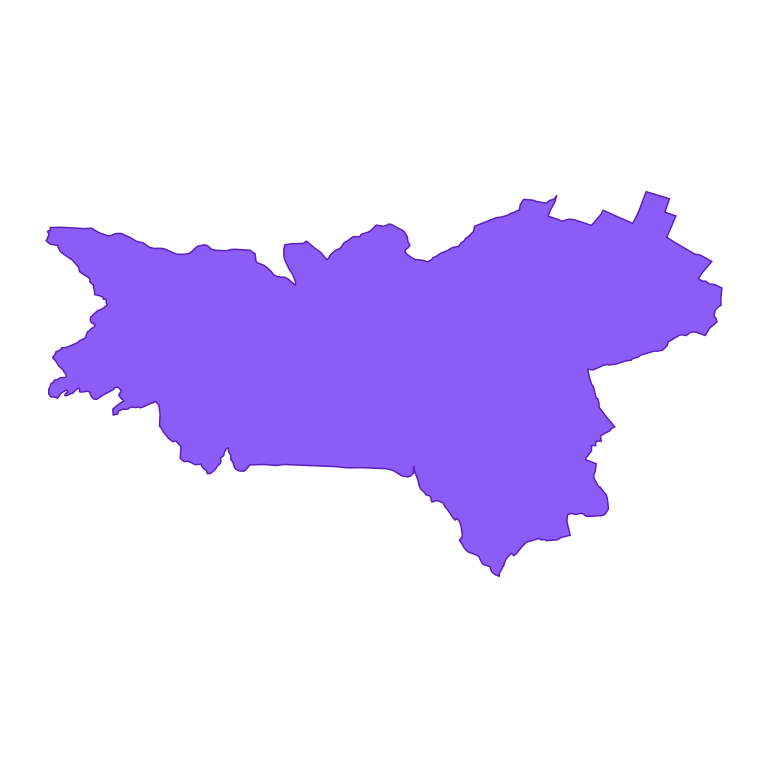 the district of Bordesti, Vrancea, Romania
{"feature_id": "2599482B83174607484182", "entity_name": "Bordesti", "entity_type": "district", "adm_level": 2, "iso_a3": "ROU", "parent_name": "Romania", "parent_adm1": "Vrancea", "projection": "natural_earth1", "projection_center": [27.017, 45.546], "detail": "fine", "context": "isolated", "style": "filled", "palette": "violet", "viewbox_px": 768, "rotation_deg": 0, "n_neighbors": 0, "source": "geoboundaries", "source_scale": "gbopen_adm2", "svg_char_len": 6028}
<svg xmlns="http://www.w3.org/2000/svg" viewBox="0 0 768 768"><path d="M675.1,242.6L666.8,237.3L675.9,215.9L664.8,212.2L669.5,198.8L646.1,191.7L638.8,211.3L634.7,219.8L632.5,223.4L603.2,210.3L601.0,214.3L591.5,225.4L575.4,220.1L572.0,219.4L568.8,219.2L561.9,221.3L557.6,219.3L548.1,216.2L550.5,209.9L554.6,202.7L556.8,195.2L554.9,198.3L553.5,199.3L549.5,200.5L546.1,203.2L536.7,201.5L533.2,200.2L524.5,199.4L523.2,199.8L520.1,205.1L519.4,210.0L517.5,210.5L514.0,212.5L510.5,213.4L508.1,215.2L500.1,217.3L496.5,217.6L474.5,226.3L473.4,231.8L470.1,234.7L469.2,236.0L465.8,238.2L463.9,241.1L461.2,242.7L458.6,246.4L452.8,247.4L446.9,250.8L440.8,253.2L436.1,256.4L433.0,257.7L431.6,259.6L427.7,261.9L423.4,260.4L415.0,259.4L410.4,256.8L406.8,254.0L405.2,252.2L404.9,251.0L405.3,249.9L407.9,247.9L409.9,245.1L408.0,241.9L407.3,237.0L406.0,234.5L403.7,231.1L391.3,224.4L389.2,224.1L387.8,224.3L387.4,225.0L383.9,226.3L376.2,225.1L370.7,230.8L367.7,232.3L362.4,233.9L360.8,234.8L360.0,236.5L358.3,236.8L355.8,236.5L353.0,237.0L351.2,237.9L348.3,240.4L344.1,242.7L341.0,247.4L339.8,248.5L335.5,250.4L331.3,254.0L329.6,255.9L328.8,257.9L326.8,259.7L320.8,252.5L314.3,247.8L306.8,241.4L306.1,241.4L303.2,243.4L291.8,243.7L284.7,244.9L283.8,250.0L283.9,256.1L284.6,259.6L289.5,269.8L292.3,273.8L295.4,281.4L295.6,283.7L295.1,285.0L287.8,278.8L284.8,277.3L277.5,276.7L273.6,274.7L271.3,271.6L267.3,267.8L263.5,265.1L258.1,263.1L256.0,261.4L255.1,253.7L249.9,250.2L235.4,249.3L231.6,249.4L226.1,250.8L216.3,250.3L211.2,249.2L207.9,246.0L206.4,245.2L204.4,244.9L197.5,246.2L190.3,252.8L187.6,253.8L182.9,254.3L177.7,254.3L175.1,253.6L165.3,249.2L161.3,248.3L154.0,248.4L149.5,247.3L143.1,242.8L136.5,241.3L129.8,237.3L120.9,233.4L115.4,233.6L110.4,235.8L108.2,235.9L99.3,232.8L91.5,228.2L84.3,228.6L61.6,227.3L50.2,227.5L50.4,230.5L48.4,230.8L47.5,231.9L49.2,233.6L47.2,239.1L46.1,240.8L50.4,244.2L57.4,245.4L59.9,251.0L62.0,253.1L72.1,259.9L78.5,266.9L79.6,271.7L84.8,275.3L87.2,276.5L89.5,278.4L90.1,279.6L89.7,281.6L93.7,285.5L93.6,287.4L94.5,290.9L94.7,294.6L99.8,295.8L103.2,297.3L103.2,298.7L103.7,299.3L105.8,299.0L106.3,300.8L106.3,303.3L107.3,304.6L106.4,306.2L105.2,306.2L104.7,307.2L101.1,309.5L97.7,310.5L90.7,317.1L90.3,320.1L90.7,321.6L91.5,322.9L93.4,323.0L93.4,323.8L94.9,324.6L95.0,325.5L94.2,327.0L91.1,328.8L88.7,331.4L87.7,331.7L86.3,334.7L86.0,336.6L84.4,338.5L79.8,340.6L77.0,342.9L68.4,346.6L65.8,347.5L61.9,347.8L60.2,349.9L58.8,350.5L58.5,351.0L56.0,351.6L55.0,354.9L53.0,356.7L52.8,358.1L54.2,359.2L56.3,361.9L58.9,366.2L63.1,369.9L64.1,372.1L66.2,374.6L66.2,376.7L65.2,377.5L60.3,377.7L57.3,379.7L54.7,379.9L52.8,382.9L51.3,383.4L50.8,384.1L50.0,387.1L49.4,387.8L48.7,389.8L48.8,394.3L49.4,394.5L50.1,396.1L51.0,396.9L54.4,397.0L57.2,398.2L57.8,397.9L60.8,393.3L66.0,390.2L67.0,390.2L67.5,391.1L67.3,392.0L65.4,393.7L64.9,395.5L65.6,395.8L67.7,395.2L70.7,393.6L72.6,393.3L76.8,389.0L79.1,388.2L79.5,388.4L79.6,391.4L80.1,392.0L82.8,392.0L87.2,391.2L89.8,392.0L90.1,393.9L91.9,397.3L93.6,398.9L96.0,399.4L97.0,399.2L102.2,395.5L113.0,389.8L115.2,387.4L118.2,387.3L120.3,389.6L121.1,391.3L120.9,392.1L119.0,394.1L118.9,395.7L123.8,401.1L119.0,404.0L113.2,408.7L112.8,409.6L112.9,412.2L113.4,413.0L113.0,414.6L113.6,415.0L117.4,414.0L118.0,413.5L118.4,411.1L122.3,409.3L127.6,409.1L128.4,408.8L128.8,408.0L132.1,407.0L135.8,407.6L138.6,406.9L139.7,407.7L142.0,407.5L150.6,403.5L153.2,402.7L155.5,401.3L158.9,405.2L160.1,414.3L159.5,426.0L161.5,428.5L163.4,432.0L168.6,438.4L172.7,441.7L175.9,440.9L180.5,446.1L181.0,447.0L180.2,458.0L181.6,459.8L183.8,461.3L185.1,461.6L187.4,461.2L191.6,462.8L195.1,464.7L201.1,464.1L201.6,466.0L203.1,468.0L206.4,470.6L207.4,473.6L210.0,473.6L213.6,471.1L215.2,469.6L217.4,466.0L220.2,463.5L220.9,461.7L220.9,460.4L220.5,458.5L221.0,457.6L223.7,455.5L224.3,452.4L226.3,448.7L227.3,448.0L228.4,448.0L228.3,449.8L228.9,452.3L230.7,455.0L230.8,459.5L233.1,462.6L234.3,467.1L236.0,469.4L239.5,471.0L243.9,471.2L246.0,469.7L249.8,464.9L264.1,464.5L276.2,465.5L283.8,464.5L287.6,464.6L336.9,466.7L346.1,467.8L362.4,467.7L385.9,468.7L390.3,469.6L394.5,471.2L401.5,475.8L407.7,476.9L410.6,476.0L413.4,473.2L413.5,467.1L414.0,467.0L414.6,471.5L417.8,479.6L419.2,485.6L420.6,488.9L424.3,492.4L425.9,494.8L429.8,495.9L431.0,497.9L431.3,501.0L431.6,501.6L433.2,501.8L435.4,500.8L438.0,500.8L443.1,502.9L445.0,506.8L447.5,509.6L453.7,518.7L455.0,520.1L456.5,518.6L459.0,520.6L460.9,525.5L462.4,535.4L461.9,537.4L459.4,540.2L462.2,544.3L464.4,548.3L467.8,551.8L476.3,554.9L478.8,556.5L482.0,563.0L483.4,564.6L490.0,566.6L490.6,569.2L491.6,571.3L493.2,573.2L495.0,574.6L499.2,576.3L499.3,573.5L504.4,564.0L503.9,563.8L506.5,558.3L511.4,553.3L513.9,555.7L516.7,553.2L521.7,546.9L526.5,542.2L538.4,538.7L539.8,538.5L539.9,539.1L540.8,539.8L544.5,539.6L546.3,540.7L557.1,539.8L561.6,537.3L570.2,535.3L567.0,522.0L566.9,520.1L567.6,514.8L570.7,513.6L572.6,513.6L574.8,514.5L581.4,513.3L582.5,513.5L585.7,516.0L587.6,516.4L601.9,515.6L604.6,514.6L608.0,509.8L608.4,508.3L607.8,502.3L607.2,498.0L606.0,494.3L604.5,493.0L600.0,487.0L599.4,487.4L597.4,484.8L593.5,476.9L595.3,470.8L596.2,463.8L585.9,459.8L585.7,459.3L586.2,457.7L591.5,450.9L591.5,445.6L595.7,445.6L595.5,443.5L596.4,441.3L601.3,441.1L600.5,436.6L601.0,435.8L603.4,434.1L609.2,431.2L610.5,430.0L610.3,429.5L614.7,426.8L607.3,418.0L599.3,407.5L598.8,402.4L597.8,398.7L596.2,398.0L593.8,388.1L593.1,386.3L591.6,384.2L589.8,379.0L587.7,369.3L593.4,369.8L604.1,365.0L607.4,364.6L609.5,365.0L616.0,364.1L626.2,360.7L631.0,360.3L633.1,358.2L636.7,357.7L638.4,356.9L640.9,355.0L654.2,351.1L657.1,351.2L662.4,350.2L667.1,345.8L668.2,341.9L679.8,335.0L683.1,334.9L686.0,335.6L690.3,332.6L692.9,331.8L696.5,332.4L705.2,335.5L709.6,328.2L717.0,321.9L716.1,318.5L714.1,316.1L714.1,314.7L715.1,310.7L717.4,307.6L721.1,305.1L720.8,299.2L721.9,288.0L714.9,284.6L709.8,284.0L708.3,283.3L706.5,281.7L705.0,281.1L702.8,281.2L698.4,278.7L701.8,273.3L711.8,261.5L700.2,255.0L694.6,254.0L675.1,242.6Z" fill="#8b5cf6" stroke="#5b21b6" stroke-width="1.5"/></svg>